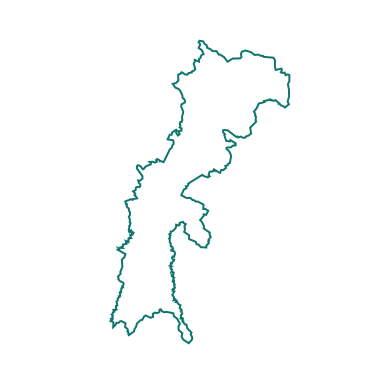 the district of Tena, Napo, Ecuador, rotated 116°
{"feature_id": "8360857B35780226802256", "entity_name": "Tena", "entity_type": "district", "adm_level": 2, "iso_a3": "ECU", "parent_name": "Ecuador", "parent_adm1": "Napo", "projection": "natural_earth1", "projection_center": [-77.608, -0.944], "detail": "fine", "context": "isolated", "style": "outline", "palette": "teal", "viewbox_px": 384, "rotation_deg": 116, "n_neighbors": 0, "source": "geoboundaries", "source_scale": "gbopen_adm2", "svg_char_len": 6077}
<svg xmlns="http://www.w3.org/2000/svg" viewBox="0 0 384 384"><g transform="rotate(116 192 192)"><path d="M341.4,207.7L341.7,208.8L342.1,208.2L343.1,208.8L343.9,208.5L343.2,207.2L343.6,205.4L348.0,203.6L345.6,202.6L342.7,202.5L341.7,200.6L339.7,199.9L339.0,198.9L339.1,194.2L342.7,192.9L343.4,189.9L345.0,188.5L345.6,188.9L346.8,186.8L347.9,186.8L348.4,186.0L342.5,182.9L340.9,183.6L337.5,183.2L334.3,183.8L329.8,182.1L328.8,180.7L324.5,180.4L323.3,179.6L323.2,174.1L321.4,172.3L318.6,173.8L316.6,172.4L316.4,170.7L315.2,169.4L314.2,168.7L312.0,169.6L311.1,168.6L312.2,167.0L312.4,164.7L310.8,162.1L309.2,155.6L311.6,153.7L312.3,150.0L315.7,145.1L318.9,145.2L322.0,143.4L323.0,138.9L326.3,138.1L328.4,135.6L329.4,128.7L324.8,127.3L322.5,128.1L320.5,130.8L318.6,130.8L316.5,136.6L313.6,138.9L314.1,139.9L312.8,143.1L312.0,143.2L312.2,144.1L310.3,144.5L310.6,146.2L309.6,145.5L309.5,147.0L308.0,147.9L305.6,147.4L304.0,149.7L303.5,149.1L302.6,149.6L301.7,152.2L298.8,152.8L298.7,155.2L297.7,156.6L297.9,157.9L297.1,157.4L296.2,158.4L296.8,159.3L297.5,159.0L296.2,160.0L296.9,160.7L296.0,160.6L296.4,161.4L294.5,162.0L293.1,164.6L289.1,164.3L289.3,165.8L288.2,165.7L288.2,166.8L287.0,166.4L286.9,165.0L286.6,165.8L285.5,165.4L283.9,167.1L282.7,166.9L282.3,168.0L280.6,168.8L281.0,170.1L279.9,170.4L279.3,169.6L278.2,170.7L276.9,170.5L276.7,171.8L276.0,172.0L276.5,173.2L275.5,173.9L274.2,172.7L272.4,173.1L272.5,174.5L273.4,175.4L270.3,176.0L270.4,177.5L268.8,178.5L268.0,177.8L268.0,179.1L267.4,178.5L266.5,179.5L265.1,179.8L264.9,178.7L263.6,179.0L261.7,178.1L260.7,178.3L261.0,179.4L260.0,181.3L258.1,180.8L258.1,179.7L254.7,180.2L253.0,182.1L253.8,185.0L253.0,185.3L251.3,184.1L249.9,185.7L250.2,186.7L249.5,187.8L247.7,188.4L246.7,190.1L244.2,191.3L243.9,192.2L242.5,191.7L241.3,192.8L240.4,192.4L239.8,193.8L238.7,193.0L236.9,193.8L235.7,192.3L233.4,191.3L230.6,190.9L228.4,191.9L227.9,189.0L226.6,188.7L225.6,189.6L224.8,189.4L222.8,186.9L223.6,185.7L223.6,183.5L225.8,183.8L228.7,182.0L231.3,181.5L232.2,175.6L235.6,174.0L235.1,166.7L236.9,165.0L236.4,162.9L237.7,159.9L235.6,154.8L233.7,155.6L230.7,154.4L229.2,155.8L228.3,155.2L227.6,156.2L224.3,155.4L222.2,157.8L220.7,158.2L219.6,165.6L217.5,166.1L214.4,170.2L213.7,172.4L208.5,171.0L207.0,171.7L206.4,169.3L201.8,169.2L201.4,172.8L202.3,174.5L198.3,176.1L198.0,182.4L199.0,184.4L198.4,186.5L199.0,188.0L198.0,191.0L199.8,194.2L199.6,200.2L193.5,200.4L191.0,198.7L189.6,200.0L188.7,198.7L187.0,198.5L186.2,199.1L172.1,190.3L172.5,188.6L171.9,184.2L170.1,183.0L169.4,184.6L166.6,185.0L165.7,184.7L164.6,182.4L163.0,182.3L163.0,181.1L162.1,181.7L162.6,175.2L159.4,175.3L158.5,173.5L155.5,172.0L153.9,173.5L152.5,171.7L150.9,172.0L149.5,170.7L142.7,172.5L140.5,174.5L138.7,177.5L138.2,179.8L137.4,180.3L136.6,180.0L134.6,176.4L132.5,175.7L131.3,173.6L130.6,173.2L129.9,174.3L129.1,174.2L128.5,180.3L129.9,180.0L131.1,183.6L126.7,187.9L125.8,187.6L124.4,190.6L122.7,191.1L120.9,187.1L123.1,176.5L122.2,175.6L122.8,174.4L120.9,172.7L120.8,169.6L119.8,168.0L118.5,167.9L116.5,165.9L113.5,164.5L108.7,167.9L100.6,165.2L99.6,166.3L96.1,167.6L95.8,168.7L94.1,169.3L92.6,171.6L88.7,170.6L83.3,170.8L79.5,166.4L78.7,167.2L78.1,166.7L77.5,165.3L75.5,163.6L75.0,161.5L74.5,161.8L74.2,158.3L72.8,157.2L74.0,152.8L74.6,152.8L74.2,152.0L75.1,150.5L74.9,146.9L75.4,145.6L70.6,143.3L69.0,145.6L63.4,146.7L57.5,149.7L53.1,153.0L49.4,153.2L44.2,155.8L44.3,157.5L46.0,159.1L44.1,161.1L45.5,163.3L45.5,164.6L43.2,164.6L41.9,165.7L45.6,170.3L42.8,172.6L37.3,175.0L35.6,177.7L39.1,186.8L38.5,187.7L39.4,189.8L39.5,192.8L41.4,195.7L40.5,200.5L41.4,206.0L44.2,208.7L46.4,208.5L49.0,206.7L50.8,207.3L54.2,213.9L59.3,217.1L56.7,222.3L56.2,227.2L56.8,228.2L54.7,231.6L56.4,235.5L55.6,237.5L55.7,241.6L53.7,243.1L53.4,245.6L51.7,247.9L52.8,251.6L54.5,251.8L55.1,250.1L56.3,249.2L59.6,249.2L60.2,245.4L62.9,242.0L64.9,243.5L68.1,243.2L69.2,244.0L71.8,242.9L72.1,247.4L73.5,246.6L75.9,246.7L80.2,242.9L82.3,243.6L83.7,244.9L84.7,244.6L86.5,247.1L88.7,247.7L89.4,250.1L88.8,253.4L89.4,254.2L90.6,254.0L92.6,255.9L97.8,253.1L101.0,254.1L103.2,256.7L105.5,252.7L105.2,249.5L106.1,247.1L109.3,243.1L111.5,241.7L112.0,239.6L113.3,238.2L114.6,237.7L117.9,239.8L119.7,239.4L123.7,235.0L129.6,233.7L131.5,232.2L133.8,232.1L134.1,233.1L136.2,232.9L137.2,231.5L139.4,231.4L139.4,229.3L141.4,228.4L143.2,230.8L145.5,228.4L147.4,229.5L145.5,232.4L143.5,232.6L143.0,233.5L147.1,236.0L149.5,235.4L150.3,237.1L155.3,237.0L153.8,231.4L156.8,229.6L159.2,230.1L161.2,229.6L163.4,230.6L177.6,230.6L177.9,233.6L178.5,234.4L177.7,235.3L177.7,237.8L179.1,238.3L180.2,236.9L181.9,238.5L182.1,240.7L183.6,243.3L184.3,241.5L185.3,241.2L189.1,244.7L192.7,245.6L193.2,246.3L191.6,248.9L191.4,251.3L191.9,252.6L193.4,252.7L195.3,251.4L199.4,243.6L201.6,242.4L204.8,243.8L205.2,245.4L207.2,243.7L207.8,241.9L208.9,241.2L210.7,241.3L211.2,243.2L212.3,244.3L215.2,243.6L217.2,245.2L218.3,242.3L220.1,242.3L220.6,240.3L221.8,238.6L224.6,242.3L225.1,242.1L225.2,243.7L229.7,247.8L230.9,246.9L231.2,245.6L232.1,245.7L232.3,244.8L233.8,244.1L234.7,241.4L236.5,240.5L237.3,238.9L240.0,237.7L242.0,237.9L244.0,235.7L246.5,234.7L246.6,233.8L248.7,233.2L250.1,233.6L250.5,232.9L253.0,232.5L253.6,231.3L254.3,231.9L255.3,231.1L255.6,230.4L253.5,229.8L255.3,228.1L254.0,228.2L254.2,226.7L256.4,226.7L257.7,228.6L259.2,227.4L260.8,228.2L260.6,227.1L262.1,228.5L264.4,227.3L264.5,228.3L265.4,227.9L265.2,230.0L267.5,228.3L269.5,231.1L271.3,230.2L272.5,231.3L272.8,230.1L273.9,232.6L274.9,232.7L274.9,233.5L275.7,232.2L276.5,233.1L277.0,224.5L280.4,224.2L283.5,225.4L289.9,221.7L295.2,221.4L296.8,220.3L300.5,221.5L301.3,220.4L302.7,220.0L303.7,217.4L303.7,213.9L304.9,213.0L306.6,213.1L307.4,212.5L307.4,213.3L308.8,212.7L309.6,213.3L312.2,212.2L313.5,212.8L313.6,211.9L314.6,212.4L316.6,211.0L317.7,212.0L318.1,211.2L320.3,212.1L322.0,211.2L323.5,211.8L326.7,209.4L327.7,210.4L330.6,208.8L331.2,209.5L331.1,208.6L332.9,209.6L333.0,210.4L333.9,209.5L334.9,210.3L336.7,209.8L337.2,210.4L338.1,208.8L339.3,209.0L340.3,207.7L341.4,207.7Z" fill="none" stroke="#0f766e" stroke-width="2"/></g></svg>